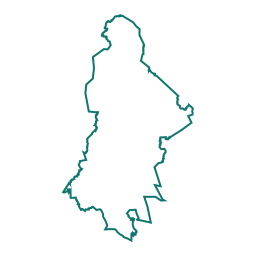 the district of Badiraguato, Sinaloa, Mexico
{"feature_id": "50627088B91393089235413", "entity_name": "Badiraguato", "entity_type": "district", "adm_level": 2, "iso_a3": "MEX", "parent_name": "Mexico", "parent_adm1": "Sinaloa", "projection": "equal_earth", "projection_center": [-107.389, 25.605], "detail": "fine", "context": "isolated", "style": "outline", "palette": "teal", "viewbox_px": 256, "rotation_deg": 0, "n_neighbors": 0, "source": "geoboundaries", "source_scale": "gbopen_adm2", "svg_char_len": 5706}
<svg xmlns="http://www.w3.org/2000/svg" viewBox="0 0 256 256"><path d="M106.0,23.4L105.7,26.1L105.2,27.1L104.7,27.4L104.8,28.3L105.4,28.8L107.2,28.6L107.4,29.0L107.0,29.8L106.1,31.0L104.9,31.2L104.4,32.0L104.0,32.0L103.7,32.3L103.6,32.7L102.5,33.3L102.4,34.3L102.1,34.4L101.9,34.9L102.0,35.6L103.1,35.0L103.4,35.3L103.6,36.6L104.8,36.4L105.4,37.1L106.3,36.5L106.7,36.8L106.4,38.9L107.6,39.9L108.1,41.1L109.6,41.5L109.9,42.1L109.9,43.2L110.5,44.2L110.7,45.3L107.7,49.4L103.9,49.1L92.9,57.1L94.0,68.2L92.8,78.6L86.3,84.5L85.4,93.1L88.8,111.5L95.2,112.2L98.0,112.2L97.7,113.6L97.2,113.6L96.8,114.2L96.5,114.5L96.7,115.2L96.6,115.3L96.2,115.0L95.8,115.2L95.8,115.7L95.9,116.5L95.8,117.2L96.2,118.6L96.7,118.7L96.7,119.4L97.3,120.2L97.1,120.4L96.6,120.5L96.5,120.9L95.9,121.3L96.2,121.9L95.9,122.7L96.0,123.3L95.4,123.7L95.7,124.3L95.7,124.6L94.8,125.2L95.4,125.4L95.7,126.1L96.2,126.4L96.9,127.4L96.9,127.6L96.3,127.9L96.6,129.1L95.7,129.6L95.8,130.2L95.6,130.7L95.2,130.1L92.2,133.0L92.0,134.0L87.2,138.6L87.4,139.6L87.2,139.7L87.4,140.4L87.1,142.1L87.9,143.3L87.7,144.3L87.4,145.2L87.5,146.5L87.1,146.6L87.0,147.7L87.3,149.3L87.2,151.1L86.6,151.8L86.3,151.8L86.3,152.2L85.8,152.4L85.7,153.0L84.7,153.0L83.6,152.4L86.2,159.9L80.0,161.1L80.2,161.6L78.7,164.9L79.0,165.5L79.9,167.1L80.7,168.3L81.0,168.9L81.4,169.1L81.6,168.9L81.9,169.0L81.2,169.8L80.9,169.6L80.6,169.8L80.2,170.3L79.8,170.3L79.7,170.8L79.3,170.6L79.3,171.9L78.8,172.2L78.8,173.1L78.5,173.3L78.6,173.7L78.0,173.8L78.0,174.4L78.2,174.2L78.5,174.5L78.5,174.8L78.2,174.8L78.1,174.6L77.9,175.0L77.6,174.7L77.5,174.9L77.7,175.2L77.5,175.3L77.4,175.9L77.1,175.6L76.9,176.1L76.4,176.1L76.1,176.5L75.5,176.5L75.2,176.8L75.0,176.6L74.5,176.7L74.1,177.7L74.3,178.8L73.9,178.8L73.4,179.1L72.9,179.7L72.4,179.5L71.8,179.6L71.6,179.9L71.7,180.5L70.9,180.8L70.8,180.5L70.6,180.6L70.9,181.5L70.5,181.8L70.8,182.3L70.4,182.8L69.7,183.0L69.9,184.1L69.0,183.1L63.2,192.2L63.7,192.4L65.2,192.3L65.6,192.2L66.3,191.5L67.8,191.2L68.2,190.5L68.0,189.9L68.3,190.1L68.2,189.7L68.8,189.8L69.1,189.4L69.3,189.7L69.3,190.2L68.6,191.1L68.6,192.2L68.7,192.6L70.5,190.1L70.6,197.6L71.1,198.0L75.8,197.6L75.9,198.5L76.6,200.4L77.0,200.5L77.0,200.9L76.8,200.9L77.2,201.6L77.6,201.6L78.1,203.0L78.4,203.2L78.0,203.8L78.3,203.8L78.3,204.1L78.8,203.9L79.3,204.6L79.0,206.6L80.2,208.6L81.0,209.4L81.1,209.9L81.6,209.8L81.8,209.0L82.1,208.9L83.3,209.5L83.8,210.2L85.0,210.9L85.1,210.2L85.7,209.6L85.8,209.8L86.3,209.8L87.5,209.5L87.6,209.3L88.8,209.6L88.9,209.2L88.8,208.3L91.5,207.9L92.1,206.9L92.9,206.8L96.5,210.0L98.9,209.4L100.3,209.4L101.5,210.8L103.1,214.2L103.1,216.7L105.5,220.8L107.2,225.5L107.0,226.2L105.2,229.4L110.4,229.1L113.5,229.2L114.3,229.0L116.4,230.3L117.1,231.8L119.8,234.2L123.1,236.1L123.7,237.1L127.5,238.5L131.4,240.6L131.5,234.4L131.9,234.5L131.7,233.4L132.0,233.2L132.3,233.6L132.4,233.0L132.5,233.6L132.7,233.0L132.9,233.4L132.6,233.9L133.1,233.7L133.0,234.2L133.1,234.6L133.4,234.2L133.7,235.4L134.1,234.9L134.1,234.3L134.5,234.4L134.3,234.1L134.9,234.0L135.3,234.2L135.2,234.6L135.4,234.6L135.4,234.1L135.2,233.9L135.3,233.5L135.7,233.4L135.8,233.6L135.9,233.4L135.7,233.2L135.7,232.8L136.0,231.5L136.4,231.5L136.2,231.2L136.3,230.8L133.7,228.2L132.7,224.4L132.9,221.2L133.8,220.5L134.5,218.2L133.2,220.1L131.2,219.9L132.1,218.3L130.4,218.4L128.4,216.4L128.7,215.6L126.9,213.3L129.5,210.2L135.6,209.7L136.7,213.8L138.6,218.0L136.5,220.3L137.6,219.7L150.8,222.6L147.4,206.4L144.2,196.8L155.5,196.8L160.9,200.5L164.2,200.4L163.2,199.8L162.8,199.8L162.6,199.5L154.9,185.1L160.6,186.2L154.5,167.2L158.5,163.1L161.6,162.5L162.6,162.0L162.2,161.4L162.3,161.2L163.0,161.0L162.9,160.6L163.1,160.4L162.9,159.0L163.8,158.6L163.4,158.0L163.6,157.5L163.4,156.9L163.7,156.7L163.5,156.2L163.8,155.3L163.7,154.7L164.0,154.3L164.3,154.2L164.5,153.3L165.4,152.7L165.4,152.2L165.6,152.0L165.5,150.5L164.3,148.8L161.4,149.2L160.5,148.3L159.5,146.7L160.0,145.6L159.8,145.1L160.5,144.8L160.4,144.3L160.1,144.0L160.1,143.7L160.7,143.4L160.9,143.0L160.2,142.8L160.2,141.7L159.7,141.3L159.8,140.5L160.0,140.5L160.5,140.9L160.5,140.2L160.0,139.5L160.4,139.0L160.2,138.0L160.9,137.7L160.8,137.4L165.7,137.2L165.6,137.5L165.7,138.1L165.7,138.5L165.7,138.9L166.6,138.8L166.9,139.3L167.9,139.3L168.3,138.6L168.7,138.5L168.4,138.0L169.5,137.2L169.7,137.3L169.7,137.0L170.2,137.2L182.0,129.7L191.5,122.7L188.2,116.0L192.5,114.6L192.7,112.8L192.2,111.5L192.8,108.4L188.9,104.8L188.7,105.8L188.1,105.9L187.8,106.2L187.3,106.5L186.6,107.3L186.7,107.7L186.5,108.2L185.7,108.3L185.7,109.7L185.0,109.8L184.7,109.5L184.2,109.6L183.4,108.8L182.4,108.4L181.0,108.6L180.6,108.4L180.0,107.8L179.9,106.9L180.0,106.0L179.8,105.7L177.9,104.8L177.3,104.0L177.6,103.2L177.6,102.9L177.3,102.9L177.1,102.7L177.3,101.8L177.2,101.1L177.8,100.1L177.9,99.6L177.6,99.0L177.8,99.0L177.7,98.7L177.4,98.7L177.2,97.9L177.7,96.7L178.3,96.0L156.9,76.1L156.2,75.9L155.4,75.2L154.7,75.3L155.0,73.7L154.8,73.6L154.0,74.1L152.1,72.7L151.5,72.4L149.9,70.2L149.6,70.1L149.0,70.9L149.0,70.7L148.8,70.8L148.7,70.3L148.9,69.6L149.3,69.2L149.1,68.7L149.4,67.7L141.0,60.9L142.4,54.8L142.8,54.3L143.5,54.0L143.5,53.4L143.2,53.1L143.3,51.8L143.5,51.4L143.5,50.9L143.1,50.4L143.3,49.9L143.2,49.8L143.5,49.2L143.2,48.7L143.2,48.2L143.4,47.6L143.2,47.3L143.3,46.8L143.8,46.4L143.7,46.1L143.9,46.1L143.8,45.6L144.0,45.2L143.9,45.1L144.1,44.8L139.4,35.0L139.6,29.2L136.2,26.2L133.1,22.3L122.3,15.7L119.7,16.3L119.9,15.4L118.1,16.0L117.3,16.1L116.8,16.5L115.4,16.3L114.9,16.7L113.9,18.3L112.6,19.4L112.7,19.6L112.6,19.9L112.3,19.8L111.4,20.2L111.5,21.1L110.6,21.5L110.4,21.9L110.2,22.1L109.7,22.0L108.6,21.0L108.2,21.0L107.8,21.5L107.6,22.0L107.1,22.0L106.5,22.6L106.0,23.4Z" fill="none" stroke="#0f766e" stroke-width="2"/></svg>